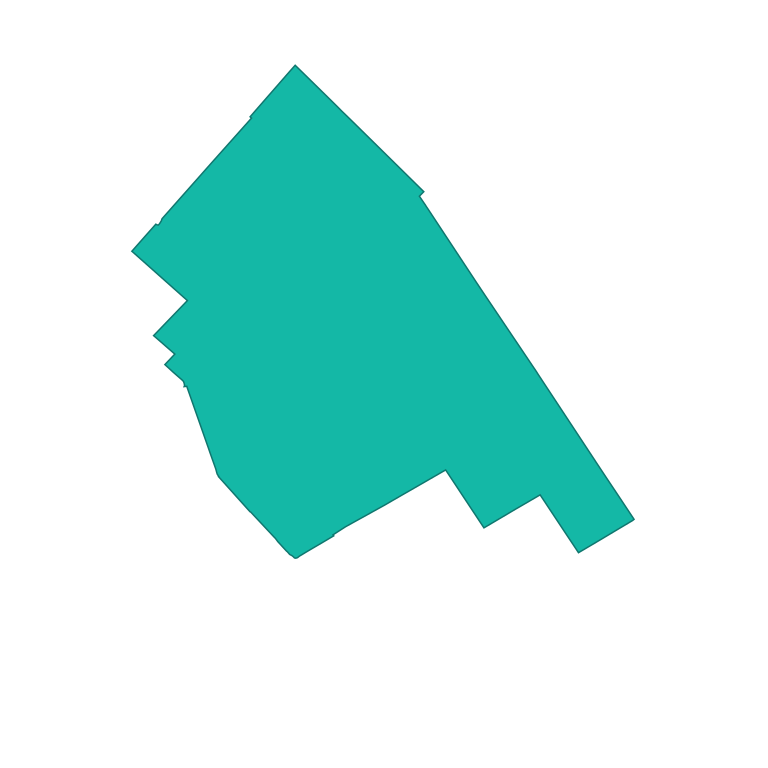 Vadastrita, Olt, Romania, rotated 219°
{"feature_id": "2599482B53428634835124", "entity_name": "Vadastrita", "entity_type": "district", "adm_level": 2, "iso_a3": "ROU", "parent_name": "Romania", "parent_adm1": "Olt", "projection": "natural_earth1", "projection_center": [24.333, 43.838], "detail": "fine", "context": "isolated", "style": "filled", "palette": "teal", "viewbox_px": 768, "rotation_deg": 219, "n_neighbors": 0, "source": "geoboundaries", "source_scale": "gbopen_adm2", "svg_char_len": 1455}
<svg xmlns="http://www.w3.org/2000/svg" viewBox="0 0 768 768"><g transform="rotate(219 384 384)"><path d="M653.6,575.8L654.0,567.6L655.9,516.3L656.2,507.4L655.2,507.3L654.3,507.3L657.2,447.0L660.5,372.8L659.7,370.5L659.3,367.0L659.4,365.5L660.4,364.9L661.9,364.6L662.6,349.4L663.5,328.5L589.3,325.1L593.5,276.6L565.4,275.6L566.5,261.2L555.5,260.5L542.6,260.0L541.2,259.7L539.8,258.8L538.2,257.5L537.9,256.9L537.7,256.2L535.8,258.1L535.4,257.8L479.0,223.0L476.3,221.3L461.1,212.0L458.4,210.0L456.9,209.0L453.9,208.0L454.0,207.8L407.7,200.4L407.0,200.6L373.3,195.9L371.4,195.7L368.5,195.0L367.6,194.7L354.7,192.8L353.5,192.8L351.7,192.5L350.2,192.2L349.3,192.3L348.5,192.5L347.5,192.7L345.7,192.7L344.5,192.5L343.8,192.6L343.0,193.1L342.3,194.0L341.9,194.7L341.4,197.0L340.7,198.9L340.6,199.1L338.9,203.9L338.7,204.4L337.3,208.2L335.2,213.8L331.7,223.1L327.5,234.4L328.7,234.7L324.0,249.0L307.2,290.5L304.2,298.4L282.0,356.0L215.8,335.1L212.1,345.0L202.9,369.8L201.7,372.9L192.9,396.1L150.0,382.6L129.5,376.2L126.7,375.3L124.3,381.7L116.9,401.6L116.0,404.1L111.2,417.2L104.9,434.3L104.5,436.2L130.3,444.3L150.3,450.5L170.0,456.7L171.0,457.0L172.4,457.5L174.7,458.2L258.3,484.7L270.9,488.7L272.9,489.4L361.6,516.6L368.7,518.8L376.4,521.2L460.3,547.8L463.0,548.6L464.3,549.1L466.7,549.8L474.7,552.2L474.3,556.5L474.1,558.5L577.2,568.5L588.5,569.5L597.9,570.5L608.2,571.5L648.1,575.3L653.6,575.8Z" fill="#14b8a6" stroke="#0f766e" stroke-width="1.5"/></g></svg>